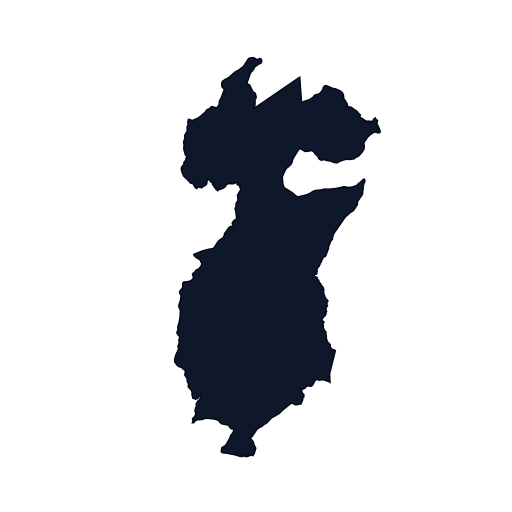 San Ramon, Alajuela, Costa Rica, rotated 32°
{"feature_id": "36466004B75539048151546", "entity_name": "San Ramon", "entity_type": "district", "adm_level": 2, "iso_a3": "CRI", "parent_name": "Costa Rica", "parent_adm1": "Alajuela", "projection": "robinson", "projection_center": [-84.596, 10.217], "detail": "fine", "context": "isolated", "style": "filled", "palette": "ink", "viewbox_px": 512, "rotation_deg": 32, "n_neighbors": 0, "source": "geoboundaries", "source_scale": "gbopen_adm2", "svg_char_len": 6107}
<svg xmlns="http://www.w3.org/2000/svg" viewBox="0 0 512 512"><g transform="rotate(32 256 256)"><path d="M373.4,294.1L371.4,294.4L370.9,295.3L370.2,295.3L369.4,294.5L367.3,294.0L366.2,292.2L364.5,291.4L361.6,290.8L360.6,289.6L358.8,288.4L358.2,286.6L357.0,285.7L355.7,283.5L352.8,282.5L350.9,281.0L349.9,279.1L348.8,279.3L348.7,276.0L346.8,275.8L345.4,274.7L345.7,271.6L346.2,270.2L346.1,268.7L345.7,267.4L344.6,267.0L344.6,266.6L345.2,266.1L345.2,265.5L344.4,265.3L344.1,264.6L343.1,264.1L343.3,263.4L342.8,262.1L343.1,260.4L341.6,259.6L341.4,258.7L340.4,257.8L340.5,257.2L341.0,256.9L340.8,256.0L339.8,255.6L337.7,255.3L336.9,254.3L335.8,254.4L334.9,253.0L333.4,252.3L332.9,251.1L331.5,250.4L331.7,248.9L328.9,246.7L327.5,246.6L325.1,245.1L323.4,244.9L322.0,243.3L320.1,243.4L319.6,242.0L317.8,242.0L316.9,242.5L315.4,241.8L315.4,240.9L316.8,239.3L316.8,238.8L315.9,236.5L314.9,235.2L314.5,233.7L314.9,231.1L313.8,222.2L314.3,220.2L314.8,219.8L315.0,218.9L313.4,210.9L312.7,210.2L311.5,203.7L311.9,201.3L311.1,199.9L310.1,196.1L311.0,175.6L312.9,169.3L314.5,165.9L314.7,158.8L313.2,156.1L313.6,147.4L309.4,138.6L308.6,134.7L308.0,133.8L306.9,133.5L306.4,134.4L305.5,137.9L304.4,140.7L304.1,142.8L301.1,146.5L298.3,148.8L294.1,150.5L287.7,156.7L283.3,160.1L278.0,163.4L276.5,165.3L271.9,168.7L270.1,171.0L268.2,174.9L266.7,177.1L260.2,183.7L257.3,183.8L253.7,183.1L243.7,183.1L240.8,180.9L236.6,175.4L235.8,171.9L235.3,167.0L235.4,165.0L236.2,163.3L237.0,159.8L237.0,157.7L236.0,154.7L235.7,152.1L235.8,143.2L236.4,141.4L242.1,141.4L245.9,138.5L246.7,137.4L247.9,136.9L249.7,136.9L251.3,137.8L255.9,138.8L256.7,139.5L258.3,140.3L260.7,140.2L261.4,139.2L263.0,138.1L265.7,137.4L268.4,136.1L271.8,135.5L274.6,134.5L275.7,133.6L276.4,131.9L279.9,127.5L282.0,125.7L284.4,124.4L287.7,121.6L288.2,119.9L290.0,116.9L290.9,112.2L290.9,108.1L289.6,105.5L287.8,103.4L287.4,102.1L287.7,95.7L288.6,92.6L290.5,88.4L291.1,87.9L294.7,86.7L295.5,85.7L295.5,84.7L292.3,82.1L291.4,81.9L290.7,81.0L288.8,80.2L288.0,78.9L287.2,76.6L286.0,76.9L284.0,75.7L283.3,77.5L283.6,80.3L280.1,81.9L278.2,83.3L270.2,83.1L269.9,82.7L269.9,81.3L269.5,81.0L267.4,80.7L264.7,79.7L261.3,79.8L260.2,79.5L257.5,79.5L255.7,80.5L254.6,80.6L252.4,78.5L246.4,75.6L246.0,74.5L244.4,72.8L242.4,71.6L240.0,71.4L236.7,71.8L234.3,72.3L232.7,73.1L225.6,74.2L224.6,74.7L223.8,76.3L223.8,77.6L224.4,79.0L224.4,81.7L223.8,84.9L220.5,88.5L220.2,91.4L218.7,94.5L217.9,95.9L214.8,99.4L213.5,102.0L198.3,81.2L176.0,132.3L175.5,131.4L175.5,129.3L173.7,125.9L172.3,124.2L172.2,121.4L169.4,118.6L169.0,118.4L166.2,118.3L159.9,114.3L157.3,114.7L156.6,113.8L154.4,104.5L154.4,102.3L155.0,100.3L154.8,96.0L156.7,91.8L158.0,89.8L158.0,88.5L157.4,87.4L156.2,86.3L154.5,86.5L153.2,88.9L148.7,89.1L145.7,91.5L145.1,92.8L144.9,101.8L143.2,106.5L140.6,111.5L138.3,119.3L136.2,122.8L135.0,125.7L135.3,127.6L136.5,129.5L137.8,130.7L140.6,131.3L141.2,132.8L142.7,140.6L142.8,143.8L144.5,147.3L144.5,150.4L143.8,151.1L141.7,152.2L140.0,152.4L139.3,153.0L138.7,153.9L138.7,155.5L136.8,158.1L136.7,161.1L135.4,164.9L135.4,165.9L133.1,170.8L130.2,174.8L129.6,175.2L127.9,175.2L126.3,176.0L127.1,178.4L129.0,180.9L129.2,183.2L131.4,186.2L131.7,191.7L133.1,193.2L134.3,198.0L136.2,199.9L137.3,202.4L138.8,204.3L142.7,207.8L144.3,207.7L144.7,208.2L144.9,210.6L145.6,211.6L145.4,215.2L146.3,216.2L145.8,220.1L146.7,222.0L148.4,223.8L152.4,226.6L159.0,227.9L161.8,228.9L163.1,228.3L164.6,228.2L168.2,230.2L169.9,230.2L170.4,228.5L171.1,227.6L172.9,227.3L173.9,226.7L174.2,225.4L175.9,222.4L175.9,220.9L174.7,218.2L174.7,217.3L175.3,216.1L176.2,216.0L178.0,217.1L180.5,216.9L181.0,218.1L181.7,218.5L186.8,220.6L188.7,220.9L188.6,220.6L192.5,215.5L193.1,213.5L193.2,210.8L194.0,209.4L198.2,207.0L200.2,204.3L201.6,204.0L201.8,205.0L202.4,205.4L204.8,205.0L205.6,206.1L207.9,207.4L208.1,214.3L211.0,218.0L211.3,219.7L211.2,221.7L212.8,224.7L213.2,227.0L215.4,228.9L219.7,234.5L219.7,235.2L218.4,238.0L218.3,240.4L218.8,241.1L220.7,242.3L220.7,242.6L218.6,244.8L217.9,246.5L217.5,253.6L218.4,256.1L218.4,258.2L217.1,260.8L216.2,263.6L216.0,271.5L215.3,272.8L211.9,275.7L207.9,280.1L202.6,287.3L202.6,288.0L203.7,288.5L205.7,288.9L210.8,288.9L212.1,290.1L214.0,290.9L214.8,293.5L214.3,297.4L212.8,299.5L212.4,302.7L211.8,304.1L211.8,305.0L212.2,305.6L214.5,307.3L214.5,309.5L213.9,311.3L212.8,312.8L211.0,314.6L208.8,316.0L208.4,316.7L208.5,318.3L209.9,320.3L210.6,322.4L210.0,326.7L210.9,327.8L213.6,329.4L215.4,333.5L216.6,338.5L217.9,340.4L220.0,341.5L220.9,342.6L223.4,346.9L225.8,352.4L227.1,357.2L229.0,360.1L229.5,363.0L232.0,364.3L234.6,365.0L234.8,367.1L235.4,368.6L237.0,370.2L237.6,373.9L239.2,375.2L239.7,376.3L240.5,382.5L241.9,387.0L243.0,388.8L247.4,390.6L250.3,390.5L251.0,389.9L251.9,389.9L254.3,390.5L256.3,390.5L257.2,391.0L258.6,394.6L262.6,396.5L264.4,398.9L266.6,400.3L267.9,402.9L272.4,404.2L274.2,405.5L274.8,407.0L277.7,410.0L280.6,409.5L280.9,408.6L281.9,408.2L282.6,402.8L283.4,402.5L283.9,402.8L284.3,408.6L283.4,410.3L283.7,411.8L283.6,413.2L285.3,414.9L285.2,416.9L286.6,420.1L288.2,421.1L289.1,423.7L289.1,424.9L288.4,427.6L289.8,429.0L290.4,431.1L291.5,430.5L291.8,428.0L293.1,425.8L296.5,423.6L299.2,420.4L300.9,419.3L306.6,416.5L309.7,415.6L312.2,415.3L313.4,416.3L316.1,416.4L321.7,414.2L322.7,414.3L325.6,415.5L327.0,415.5L327.7,414.4L328.5,414.1L329.9,416.9L330.0,418.9L329.6,421.8L330.2,423.4L330.7,431.5L330.3,433.5L328.8,436.2L328.8,436.9L329.8,439.7L330.7,440.6L332.1,440.5L336.0,438.6L343.0,435.9L349.0,434.2L351.0,433.0L351.8,431.8L354.1,431.3L354.9,430.7L357.3,427.3L359.2,426.9L359.0,423.9L357.7,419.2L354.1,417.0L352.2,415.1L348.5,413.8L347.8,412.9L348.3,411.0L348.7,402.0L350.3,398.6L351.1,397.8L351.9,395.0L353.5,392.2L355.0,384.5L356.2,382.9L359.2,377.0L360.2,372.7L363.7,362.5L365.2,361.5L368.6,361.2L372.5,357.6L371.8,353.1L370.8,352.3L371.3,350.5L370.3,348.4L367.7,347.5L365.7,346.1L365.8,345.2L366.5,343.6L367.6,342.1L367.7,340.3L368.2,339.2L369.0,338.5L371.6,337.4L372.4,335.7L372.0,329.9L373.7,327.8L375.3,328.0L378.2,325.4L384.3,323.9L385.7,323.9L380.8,316.9L373.4,294.1Z" fill="#0f172a" stroke="#020617" stroke-width="1.5"/></g></svg>